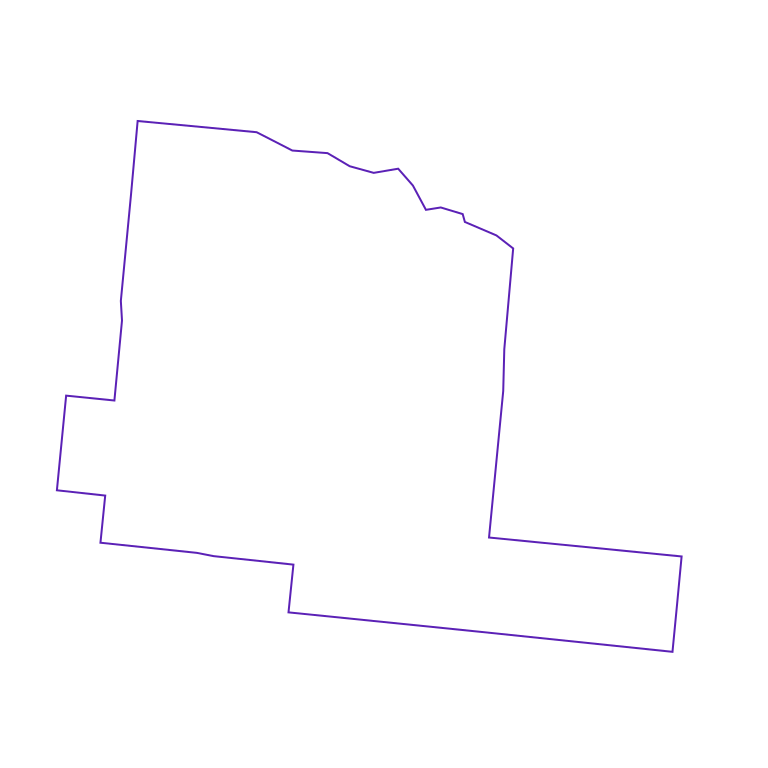 Perry, Alabama, United States of America (Mercator projection), rotated 276°
{"feature_id": "52423323B79791422709235", "entity_name": "Perry", "entity_type": "district", "adm_level": 2, "iso_a3": "USA", "parent_name": "United States of America", "parent_adm1": "Alabama", "projection": "mercator", "projection_center": [-87.24, 32.591], "detail": "fine", "context": "isolated", "style": "outline", "palette": "violet", "viewbox_px": 768, "rotation_deg": 276, "n_neighbors": 0, "source": "geoboundaries", "source_scale": "gbopen_adm2", "svg_char_len": 572}
<svg xmlns="http://www.w3.org/2000/svg" viewBox="0 0 768 768"><g transform="rotate(276 384 384)"><path d="M621.1,231.0L619.8,111.5L545.9,112.6L439.1,113.6L419.7,116.8L339.4,117.6L339.2,69.1L244.1,69.8L243.9,118.4L196.5,118.6L196.5,215.5L195.0,232.5L194.9,312.8L146.9,312.9L147.6,505.5L147.8,698.9L195.6,698.5L243.6,698.0L242.3,504.5L389.5,503.3L431.2,500.0L532.3,498.3L543.5,480.3L553.6,447.5L561.2,444.5L565.5,422.0L561.6,407.5L584.4,392.0L599.6,375.6L592.9,351.7L597.0,327.1L607.7,303.7L606.6,268.4L621.1,231.0Z" fill="none" stroke="#5b21b6" stroke-width="2"/></g></svg>